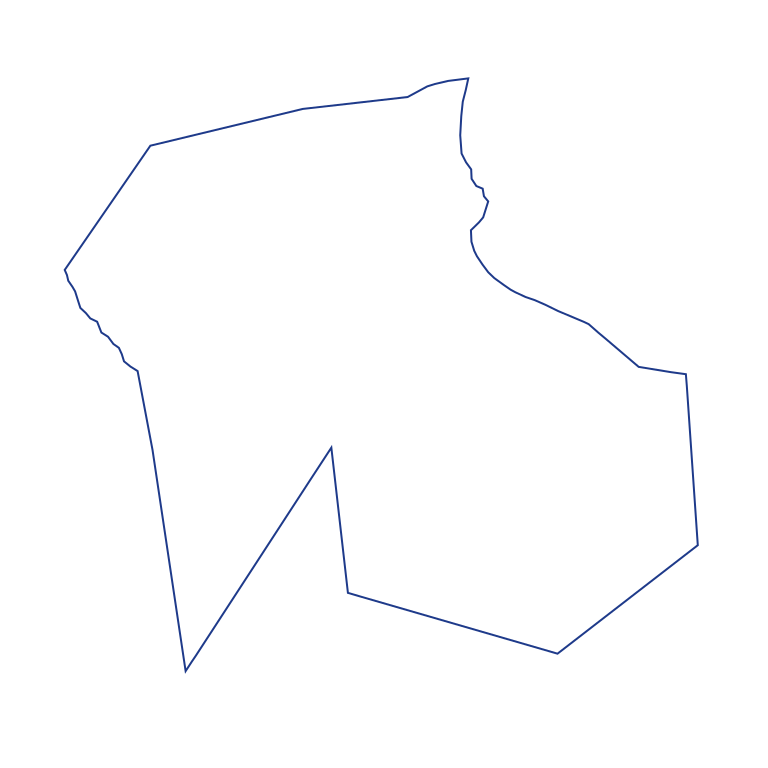 São Miguel do Fidalgo, Piauí, Brazil (orthographic projection), rotated 82°
{"feature_id": "56859067B99760501639762", "entity_name": "São Miguel do Fidalgo", "entity_type": "district", "adm_level": 2, "iso_a3": "BRA", "parent_name": "Brazil", "parent_adm1": "Piauí", "projection": "orthographic", "projection_center": [-42.377, -7.594], "detail": "fine", "context": "isolated", "style": "outline", "palette": "blue", "viewbox_px": 768, "rotation_deg": 82, "n_neighbors": 0, "source": "geoboundaries", "source_scale": "gbopen_adm2", "svg_char_len": 1031}
<svg xmlns="http://www.w3.org/2000/svg" viewBox="0 0 768 768"><g transform="rotate(82 384 384)"><path d="M416.3,83.7L412.3,97.9L402.5,129.4L369.6,158.6L363.2,164.4L353.2,173.0L350.3,177.4L336.0,201.4L328.0,213.2L321.9,223.1L317.5,231.8L311.4,241.2L308.2,245.5L302.5,251.7L294.5,260.0L287.9,265.2L279.5,269.8L270.4,274.2L264.7,276.1L255.3,277.6L243.8,276.5L237.2,267.5L232.8,262.6L217.7,255.4L212.0,258.9L204.3,259.1L200.8,265.0L193.0,268.7L183.6,267.8L175.9,271.9L166.6,275.1L148.3,273.9L129.5,270.2L115.4,266.7L104.2,262.1L93.1,258.0L92.8,278.3L94.0,291.8L95.3,299.7L99.7,311.5L103.1,320.7L100.3,426.2L115.5,582.2L226.6,684.3L232.0,682.8L237.8,682.3L244.4,679.0L249.3,677.0L259.5,675.3L266.4,674.1L272.2,669.4L278.2,665.7L282.4,659.4L293.7,656.7L298.8,650.7L306.7,646.4L311.3,641.5L318.0,639.5L325.4,638.3L331.4,632.7L336.9,626.2L417.1,622.4L640.7,620.4L632.1,612.9L626.7,608.0L467.7,469.5L439.7,445.0L585.8,448.8L591.2,436.9L675.2,249.7L587.3,95.7L428.0,84.4L416.3,83.7Z" fill="none" stroke="#1e3a8a" stroke-width="2"/></g></svg>